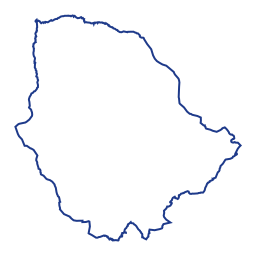 Vurpar, Sibiu, Romania
{"feature_id": "2599482B26098957390295", "entity_name": "Vurpar", "entity_type": "district", "adm_level": 2, "iso_a3": "ROU", "parent_name": "Romania", "parent_adm1": "Sibiu", "projection": "mercator", "projection_center": [24.329, 45.907], "detail": "fine", "context": "isolated", "style": "outline", "palette": "blue", "viewbox_px": 256, "rotation_deg": 0, "n_neighbors": 0, "source": "geoboundaries", "source_scale": "gbopen_adm2", "svg_char_len": 5705}
<svg xmlns="http://www.w3.org/2000/svg" viewBox="0 0 256 256"><path d="M170.4,222.5L166.2,219.6L164.1,217.0L163.7,215.6L164.2,212.9L164.0,210.7L166.3,208.5L167.2,206.5L168.5,206.6L170.4,205.6L171.4,204.1L171.8,203.2L171.7,202.9L170.3,202.5L170.1,202.1L170.8,201.2L171.8,200.4L172.0,199.5L172.8,197.9L174.1,197.1L174.9,197.8L175.1,197.3L175.4,197.8L177.7,199.0L178.4,198.4L179.0,196.7L178.8,195.9L178.9,195.2L180.2,194.8L181.0,193.7L183.3,193.2L183.4,192.9L184.1,192.9L184.9,192.2L187.6,191.2L188.7,191.6L189.1,193.0L190.1,193.8L191.4,193.9L192.3,193.6L193.4,193.7L197.8,193.4L198.6,193.0L200.6,192.8L200.9,192.5L203.0,192.6L204.1,191.3L204.7,190.2L205.3,187.7L206.3,185.9L207.0,183.9L207.7,183.4L207.7,182.9L208.2,182.5L209.5,182.1L209.7,181.2L212.6,180.0L212.6,179.2L213.0,179.5L213.7,178.8L213.7,178.3L215.6,177.7L217.8,172.3L219.0,171.3L219.5,170.3L219.7,168.4L220.2,167.8L220.5,166.1L222.9,163.7L225.2,160.0L225.8,159.5L230.2,158.8L232.0,158.0L232.5,157.7L233.0,156.6L234.5,156.1L235.0,154.9L235.5,155.1L236.3,154.8L236.9,154.3L236.9,153.8L236.7,153.4L235.6,153.1L237.8,148.7L239.4,146.7L240.6,145.5L237.9,142.7L235.3,142.6L235.0,142.2L234.5,142.1L233.4,142.6L232.5,142.5L231.6,142.1L231.3,141.7L231.1,140.9L231.4,140.1L232.9,139.0L233.7,139.0L234.3,138.3L234.0,136.4L233.6,135.6L232.4,135.1L232.0,134.5L230.6,134.5L230.0,134.1L229.2,133.3L228.9,132.3L227.7,130.5L226.2,128.7L224.8,127.4L224.1,127.8L223.3,127.8L222.0,128.6L221.8,129.1L220.1,130.2L216.7,131.8L212.8,130.8L210.4,129.7L206.1,128.6L205.5,127.6L205.5,126.9L204.9,126.3L204.8,125.4L204.0,125.5L203.4,125.2L200.6,122.9L200.9,120.8L200.8,117.5L197.4,116.0L192.3,114.8L190.9,113.9L189.7,113.8L187.1,111.6L184.0,107.4L180.0,103.9L179.5,103.2L179.0,98.3L178.7,97.2L179.1,86.8L179.4,82.5L179.1,80.5L178.5,78.6L175.1,74.7L174.3,73.4L173.8,72.0L166.3,65.7L162.5,64.5L159.2,62.6L156.9,61.1L154.8,58.7L153.1,55.4L151.2,49.2L147.2,44.1L144.2,39.3L143.7,38.0L143.2,37.7L141.7,37.7L140.3,37.1L139.8,36.5L139.9,35.4L137.8,33.3L136.6,33.3L135.8,32.6L134.9,32.5L133.5,31.7L127.9,31.8L127.5,32.2L123.6,31.4L121.6,32.2L119.9,32.1L117.9,31.0L117.7,30.4L117.2,30.0L116.9,30.1L116.1,29.7L115.0,28.8L113.4,28.4L113.1,27.9L112.2,27.5L112.2,27.2L111.3,27.1L109.6,26.4L109.6,26.1L108.7,25.8L108.7,25.0L108.1,24.9L108.1,24.7L106.3,23.4L105.6,23.8L105.1,23.2L104.7,23.7L103.2,22.8L102.5,22.9L102.0,22.4L100.7,22.6L99.2,22.2L98.8,22.5L98.0,22.2L97.8,22.3L97.5,23.0L97.1,22.5L95.6,22.6L95.2,23.0L94.8,22.6L94.4,22.6L94.2,22.7L93.8,23.9L93.6,23.3L93.2,23.0L92.0,23.4L90.7,23.2L90.0,22.7L86.8,22.4L86.0,22.1L84.8,22.5L84.0,21.0L84.3,20.4L83.8,19.7L84.1,19.0L82.9,18.5L82.8,18.0L81.8,18.2L81.5,17.4L81.1,17.1L79.6,17.9L77.7,18.2L76.2,17.4L74.6,15.8L74.2,15.8L74.2,16.2L73.7,16.7L73.2,15.7L72.4,15.5L71.0,16.3L70.2,15.8L68.8,15.9L68.1,15.6L67.6,15.8L64.6,15.8L63.5,16.2L62.4,16.2L60.7,16.6L58.9,17.9L58.2,17.9L57.1,19.0L56.2,18.9L54.4,19.5L53.5,20.2L52.0,20.8L51.2,20.1L47.8,22.3L45.6,21.9L45.4,21.9L45.2,22.6L44.2,22.3L43.7,22.9L43.0,22.3L42.6,22.3L41.2,23.2L40.3,22.3L39.8,21.4L38.4,20.6L37.4,20.6L36.8,20.9L36.6,19.8L35.7,20.6L35.6,21.3L36.9,21.7L36.3,22.1L36.8,22.6L37.1,25.6L37.1,26.5L37.2,27.2L36.8,28.1L36.8,29.8L37.0,30.8L36.3,31.3L36.4,32.1L35.8,32.6L35.4,33.4L35.6,34.7L36.3,36.5L35.9,37.0L35.4,37.2L35.5,38.1L35.1,38.8L35.7,40.0L35.3,41.1L35.8,42.1L34.3,43.0L34.1,43.6L33.4,44.1L33.5,44.7L33.3,45.4L33.4,45.7L33.1,46.5L33.6,47.1L33.5,47.7L34.0,48.8L33.8,49.2L33.8,51.1L33.6,51.7L33.4,52.8L33.5,54.5L33.9,56.2L34.8,57.6L35.0,58.6L34.4,61.5L35.1,62.4L34.6,62.9L35.2,63.2L35.0,63.7L34.8,67.6L35.7,69.0L35.7,70.1L36.5,71.1L36.4,71.9L36.5,72.5L36.3,72.8L37.0,74.0L36.3,76.5L37.4,77.3L37.5,78.8L38.1,80.1L37.3,82.3L38.0,85.1L37.9,87.3L37.1,87.8L36.8,89.0L35.0,91.2L34.0,91.4L32.9,92.8L31.4,93.5L30.8,95.1L29.7,96.8L29.0,98.9L28.9,99.8L29.4,101.9L29.8,106.0L29.0,107.4L29.4,108.1L30.6,109.1L31.3,110.2L31.3,110.7L32.0,112.4L32.2,114.7L32.0,115.9L29.4,119.5L26.8,121.6L25.4,122.5L19.2,123.8L18.2,124.3L15.4,126.8L17.9,134.0L19.1,136.3L22.0,139.4L24.6,145.8L26.8,145.8L30.5,148.4L31.2,148.5L33.6,149.9L37.4,155.5L36.4,158.6L36.2,160.2L37.2,162.3L37.2,163.7L38.5,167.9L38.5,168.7L40.1,169.5L40.5,170.8L40.4,172.2L40.8,172.7L40.8,173.9L41.0,174.4L43.6,175.7L46.3,178.8L47.4,179.4L49.9,180.1L52.3,181.7L54.6,184.5L54.7,185.4L55.8,187.8L56.5,192.1L57.1,194.3L57.7,195.3L57.9,196.2L59.0,197.1L59.6,199.5L59.6,200.2L59.8,200.6L59.8,201.2L60.2,201.9L59.2,202.6L59.4,205.7L60.1,208.3L59.9,209.3L64.0,214.1L69.7,216.6L70.2,217.4L70.6,217.5L71.1,218.3L73.6,220.3L76.4,220.8L82.5,220.7L82.4,222.1L85.9,222.0L88.6,221.2L89.4,221.6L89.9,226.5L88.6,233.3L89.0,233.6L91.8,235.0L96.1,237.7L97.5,237.7L99.0,237.0L99.8,237.0L103.9,235.5L104.6,235.9L105.0,235.6L105.3,235.9L106.2,235.9L107.7,236.6L107.4,237.3L109.3,238.6L109.3,239.4L109.5,239.5L110.2,238.7L111.8,239.8L112.2,239.4L112.3,239.6L112.1,239.9L112.9,240.5L113.2,240.4L112.7,239.5L114.3,240.3L115.8,240.1L118.2,240.5L118.5,240.3L118.7,239.1L120.3,236.6L120.7,236.3L121.8,236.7L122.2,236.2L122.2,235.7L121.6,235.2L121.6,234.5L122.0,233.8L123.5,233.3L122.8,233.2L122.7,233.0L123.3,233.0L124.0,232.5L125.9,232.8L125.9,232.5L125.5,232.4L124.3,232.4L124.2,232.1L124.7,231.8L124.4,231.4L124.7,229.8L125.4,228.6L126.1,228.2L126.5,227.6L127.1,226.3L127.9,225.8L127.8,224.8L128.3,224.0L129.0,223.8L130.8,222.1L131.3,223.1L133.4,223.4L134.1,224.4L135.2,225.0L136.3,226.1L138.3,229.3L140.0,230.8L140.2,231.5L141.1,232.3L141.3,233.2L142.1,233.8L142.3,234.4L142.2,237.1L142.8,237.0L142.9,237.4L143.5,238.0L146.2,239.3L147.5,237.4L148.4,236.6L148.3,235.7L148.8,233.3L149.5,233.0L149.1,231.3L149.6,229.6L154.6,230.2L159.7,229.1L162.0,228.3L162.4,227.4L162.3,226.2L163.5,224.1L170.4,222.5Z" fill="none" stroke="#1e3a8a" stroke-width="2"/></svg>